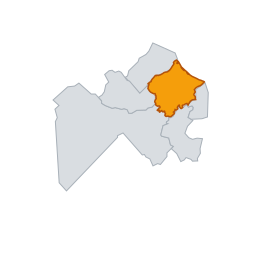 Ivory Coast shown with its bordering countries, rotated 229°
{"feature_id": "CIV", "entity_name": "Ivory Coast", "entity_type": "country or territory", "adm_level": 0, "iso_a3": "CIV", "parent_name": "Africa", "parent_adm1": "", "projection": "natural_earth1", "projection_center": [-5.78, 7.538], "detail": "fine", "context": "with_neighbors", "style": "filled", "palette": "amber", "viewbox_px": 256, "rotation_deg": 229, "n_neighbors": 5, "source": "natural_earth", "source_scale": "50m", "svg_char_len": 5817}
<svg xmlns="http://www.w3.org/2000/svg" viewBox="0 0 256 256"><g transform="rotate(229 128 128)"><path d="M84.3,150.2L83.7,141.1L80.9,138.7L79.2,128.5L81.7,127.0L83.0,122.0L90.3,124.2L94.4,122.5L97.2,123.0L98.3,121.1L127.5,121.0L129.1,115.0L127.8,114.0L120.9,40.3L131.8,40.1L180.5,77.4L182.2,81.4L190.1,85.2L190.3,90.7L198.3,89.8L198.6,109.5L194.7,115.2L194.1,120.4L177.8,122.5L175.1,125.6L165.8,125.9L164.0,124.3L160.0,125.5L153.2,129.0L151.8,131.7L146.2,135.5L145.2,137.7L142.2,139.4L138.6,138.3L136.7,140.4L135.6,146.2L129.8,153.3L130.0,156.2L128.0,159.8L128.5,164.7L123.7,167.0L122.6,163.4L119.2,164.2L117.9,166.7L109.3,166.1L107.0,163.7L107.4,161.1L106.5,160.1L105.0,161.0L106.8,156.0L101.3,148.2L99.8,148.0L93.7,152.2L87.4,149.0L84.3,150.2Z" fill="#d9dde1" stroke="#a8b0b8" stroke-width="1"/><path d="M168.1,159.2L167.6,161.8L170.7,166.2L171.4,179.1L173.3,182.2L171.7,189.9L172.3,194.1L175.9,202.5L153.7,212.8L147.2,210.4L147.5,207.1L144.3,199.8L146.2,190.2L149.3,183.0L146.3,164.5L146.5,159.7L168.1,159.2Z" fill="#d9dde1" stroke="#a8b0b8" stroke-width="1"/><path d="M68.0,145.8L76.7,148.0L83.9,147.1L84.3,150.2L87.4,149.0L93.7,152.2L99.8,148.0L101.3,148.2L106.8,156.0L105.0,161.0L106.5,160.1L107.4,161.1L107.0,163.7L109.3,166.1L107.8,166.8L107.2,169.7L110.7,180.0L107.3,182.2L107.4,187.5L104.2,187.3L102.7,190.8L100.6,190.7L99.2,188.9L99.7,185.5L96.6,180.3L91.1,181.9L90.3,174.1L86.7,167.5L80.8,167.5L77.1,169.3L75.0,173.5L71.1,177.2L65.1,168.8L61.4,166.0L59.5,160.4L57.4,159.0L60.7,154.9L62.9,155.0L67.6,152.4L67.0,149.6L68.0,145.8Z" fill="#d9dde1" stroke="#a8b0b8" stroke-width="1"/><path d="M106.2,187.5L106.6,194.1L105.0,197.9L112.6,204.4L111.5,215.8L102.1,211.8L84.2,195.2L86.4,190.0L93.1,181.4L96.6,180.3L99.7,185.5L99.2,188.9L100.6,190.7L102.7,190.8L104.2,187.3L106.2,187.5Z" fill="#d9dde1" stroke="#a8b0b8" stroke-width="1"/><path d="M128.5,164.7L128.0,159.8L130.0,156.2L129.8,153.3L135.6,146.2L136.7,140.4L138.6,138.3L142.2,139.4L145.2,137.7L146.2,135.5L151.8,131.7L153.2,129.0L160.0,125.5L164.0,124.3L165.8,125.9L170.5,125.9L169.9,130.0L170.9,133.9L175.1,139.5L175.3,143.6L183.7,145.5L183.6,151.3L182.0,153.9L178.5,154.7L177.0,158.4L174.5,159.4L164.7,158.5L162.4,159.9L146.5,159.7L147.3,170.9L142.3,168.7L138.9,169.0L136.3,171.2L128.5,164.7Z" fill="#d9dde1" stroke="#a8b0b8" stroke-width="1"/><path d="M109.6,166.5L109.8,166.5L110.3,166.3L110.9,165.8L111.3,164.9L112.0,164.2L112.7,164.3L112.9,164.1L113.2,164.1L113.5,164.6L113.8,165.0L114.0,165.0L114.2,165.7L115.5,165.9L116.0,166.1L116.5,166.6L116.9,166.5L117.0,166.4L117.1,166.2L116.9,165.7L117.0,165.3L117.2,164.9L117.5,164.9L118.0,164.8L118.6,164.8L119.0,164.9L119.2,164.5L119.1,163.5L119.1,162.9L119.2,162.5L119.3,162.3L120.0,162.9L120.6,163.1L121.0,163.1L121.0,162.3L121.0,162.1L121.4,162.0L122.2,161.7L122.3,161.8L122.4,162.8L122.4,163.1L122.5,163.8L122.7,164.5L122.5,165.1L122.4,165.5L122.7,165.9L123.3,166.1L123.9,166.2L124.2,165.8L124.5,165.5L124.8,165.2L124.9,164.8L125.3,164.5L126.4,164.2L127.4,164.1L127.6,164.2L128.1,164.8L128.6,165.2L129.5,165.1L130.1,165.4L130.7,165.8L131.1,166.8L131.5,167.5L131.6,168.5L132.3,169.0L132.8,169.2L133.5,169.9L134.2,170.3L134.9,170.2L135.2,170.6L135.8,170.9L136.3,170.9L136.8,170.0L137.4,169.7L139.0,169.1L139.6,168.8L140.3,168.6L141.8,168.5L143.2,168.7L143.9,168.9L144.4,168.8L144.9,169.1L145.4,170.0L145.7,170.2L146.1,170.5L146.4,171.2L146.8,171.8L147.0,172.1L147.4,172.7L147.8,172.8L148.1,172.5L148.3,172.3L148.4,172.7L148.2,173.4L148.2,173.8L148.4,174.0L148.3,174.5L147.9,175.4L147.9,176.0L148.3,176.2L148.6,176.7L148.8,177.7L149.0,178.1L149.0,178.3L149.3,180.7L149.7,183.1L149.5,183.4L149.1,183.5L148.9,183.6L148.9,183.8L149.0,184.2L148.9,184.5L148.5,184.7L147.6,185.5L147.6,185.8L147.3,186.4L147.1,186.8L146.8,187.6L146.4,189.5L146.2,191.1L146.2,191.6L146.0,192.0L145.8,192.5L144.9,193.9L144.4,195.0L144.4,195.5L144.5,196.0L144.3,196.4L144.3,197.3L144.5,198.1L144.6,198.9L145.3,201.2L145.7,202.5L145.9,203.6L146.1,204.3L146.3,204.6L146.4,204.9L147.4,205.1L147.6,205.3L147.9,206.7L147.9,207.4L147.7,207.6L147.7,208.1L147.6,208.8L147.5,209.1L146.9,209.1L146.5,209.4L146.0,209.3L145.9,209.1L145.7,209.0L144.9,208.7L145.0,207.4L144.7,207.4L144.4,207.5L143.8,209.0L143.6,209.3L139.7,208.5L138.9,207.9L137.9,207.8L136.2,207.8L134.7,208.0L134.3,208.4L137.9,208.2L138.3,208.2L138.5,208.4L133.9,208.9L132.2,209.2L131.7,209.1L131.3,208.7L129.4,208.6L129.0,208.8L128.7,209.1L129.5,209.0L130.7,209.0L131.0,209.3L127.3,209.6L124.7,210.3L123.7,210.8L120.1,212.4L117.9,213.2L117.3,213.5L116.3,214.3L115.1,214.8L113.6,215.7L112.8,215.9L112.6,215.6L112.6,214.0L112.4,211.9L112.5,211.1L112.6,210.3L112.6,209.7L113.0,209.5L113.1,209.2L113.2,208.4L113.6,207.6L113.6,206.3L113.7,206.1L113.8,205.7L113.7,204.8L113.4,203.2L113.2,203.2L112.1,202.7L111.4,202.6L110.9,202.1L110.9,201.6L110.7,201.2L110.5,200.6L110.3,199.9L109.6,199.5L108.9,199.3L108.5,199.4L108.0,199.4L107.3,199.2L106.9,198.9L106.5,198.4L106.1,198.0L105.9,198.0L105.5,197.9L105.1,197.7L106.5,195.9L107.0,195.1L107.1,194.6L107.1,194.1L107.2,193.5L107.3,192.8L106.5,189.9L106.3,189.0L106.0,188.7L105.9,188.6L106.3,188.3L106.9,188.4L107.8,188.6L108.0,188.4L108.6,186.9L108.6,186.4L108.5,186.0L108.9,185.0L109.2,184.6L109.4,184.2L109.3,183.6L109.1,183.4L108.8,183.5L108.4,183.3L107.9,183.0L107.6,182.7L107.7,181.4L107.7,181.0L107.9,180.8L108.2,180.7L109.1,180.7L109.8,180.8L110.4,180.9L110.8,180.9L111.0,181.3L111.4,181.7L111.7,181.7L111.8,181.4L111.7,180.1L111.5,179.4L111.1,178.7L109.8,178.2L109.8,177.4L109.9,176.5L110.2,176.2L111.1,175.7L110.9,175.4L110.7,175.1L110.1,174.8L110.2,173.7L110.2,172.8L109.8,172.9L109.3,173.0L108.8,172.7L108.5,172.2L108.4,170.6L108.4,168.9L108.4,168.1L108.5,167.7L108.9,167.3L109.4,166.8L109.6,166.5ZM145.5,209.3L145.3,209.6L144.3,209.4L144.5,209.1L145.5,209.3Z" fill="#f59e0b" stroke="#b45309" stroke-width="1.5"/></g></svg>